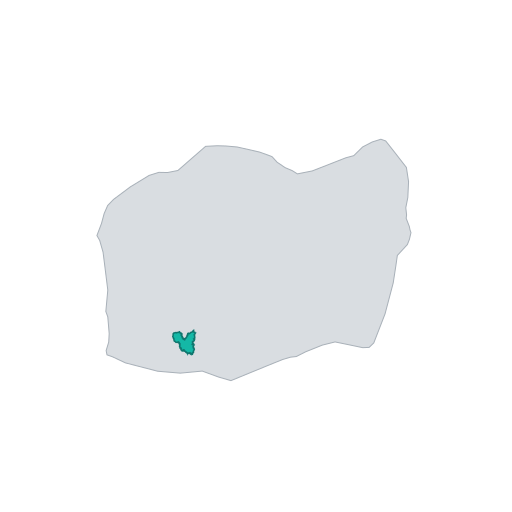 'Maoa-Mafubelu, Leribe, Lesotho shown in context, rotated 220°
{"feature_id": "5366337B41194073686106", "entity_name": "'Maoa-Mafubelu", "entity_type": "district", "adm_level": 2, "iso_a3": "LSO", "parent_name": "Lesotho", "parent_adm1": "Leribe", "projection": "equal_earth", "projection_center": [28.202, -28.958], "detail": "fine", "context": "in_parent", "style": "filled", "palette": "teal", "viewbox_px": 512, "rotation_deg": 220, "n_neighbors": 0, "source": "geoboundaries", "source_scale": "gbopen_adm2", "svg_char_len": 5808}
<svg xmlns="http://www.w3.org/2000/svg" viewBox="0 0 512 512"><g transform="rotate(220 256 256)"><path d="M320.1,337.9L308.9,342.0L307.3,342.4L300.1,341.4L290.5,342.4L283.0,344.7L277.1,345.5L267.6,357.3L250.3,389.0L245.6,395.7L244.4,408.1L240.3,418.0L235.4,425.7L230.6,427.5L216.2,424.5L197.7,420.5L186.9,411.0L177.3,398.4L172.3,389.3L167.0,384.2L165.2,381.4L157.6,377.2L154.8,375.0L152.3,373.5L149.2,367.4L147.4,362.1L148.1,347.3L142.7,338.6L133.6,323.6L127.8,311.3L119.9,294.5L115.0,280.1L109.9,265.1L110.6,258.7L115.3,254.4L129.3,246.9L140.2,241.0L147.9,230.4L156.4,214.5L160.5,204.9L164.6,200.6L169.1,193.8L177.0,178.9L185.7,162.3L195.1,144.4L206.9,139.2L223.2,133.3L238.7,117.6L257.3,104.5L287.3,90.2L301.3,86.5L306.6,84.5L310.0,87.2L313.5,95.4L318.6,102.2L330.4,114.1L335.4,117.0L347.6,134.6L360.6,146.7L375.6,160.6L385.8,167.5L391.0,169.4L395.3,181.7L399.6,190.9L402.1,199.4L401.5,207.8L396.7,228.2L389.7,249.0L384.2,257.6L377.4,263.1L370.8,271.3L368.2,288.0L365.1,307.6L356.5,315.6L349.8,320.9L340.5,327.4L320.1,337.9Z" fill="#d9dde1" stroke="#a8b0b8" stroke-width="1"/><path d="M269.5,144.0L269.4,143.8L269.5,143.3L269.2,142.8L268.5,142.0L268.3,141.6L268.1,140.9L267.5,140.5L267.3,140.5L267.0,140.5L266.6,140.3L266.5,140.1L266.3,139.8L266.1,139.8L265.8,139.9L265.5,139.5L265.1,139.3L264.9,139.0L264.8,138.9L263.9,138.3L263.5,138.4L263.3,138.6L263.1,138.6L262.7,138.5L261.9,138.4L261.2,139.0L260.8,139.3L260.6,139.5L260.5,140.0L260.4,140.2L260.2,140.1L260.0,139.9L259.9,139.8L259.7,140.0L259.3,139.8L259.0,139.8L258.9,139.7L258.7,139.7L258.7,139.8L258.6,139.7L258.5,139.9L258.4,139.9L258.2,139.8L258.3,140.0L258.2,140.0L258.0,139.9L257.8,139.9L257.7,139.8L257.7,139.7L257.7,139.4L257.6,139.1L257.4,139.0L257.4,138.8L257.3,139.0L257.2,138.9L257.2,139.0L257.1,138.9L256.9,138.7L256.9,138.4L256.8,138.1L256.7,138.0L256.7,137.9L256.5,137.7L256.4,137.8L256.3,137.6L256.1,137.4L255.8,137.4L255.7,137.4L255.3,137.3L255.3,137.1L255.2,136.8L255.1,136.7L254.9,136.9L254.7,136.9L254.4,136.9L254.3,137.1L254.2,137.0L253.9,137.1L253.8,136.7L253.7,136.5L253.6,136.4L253.3,136.3L253.3,136.2L253.2,136.2L252.9,136.1L252.7,135.9L252.1,136.3L251.8,136.1L251.6,135.8L251.4,135.9L251.4,136.0L251.3,136.3L251.1,136.5L251.2,137.2L251.1,137.4L251.1,137.7L251.0,137.8L250.7,137.7L250.6,137.3L250.4,137.3L250.3,137.5L250.2,137.4L250.2,137.1L250.0,137.3L249.7,137.1L249.4,137.4L249.0,137.6L248.7,137.5L248.6,137.4L248.3,137.5L248.3,137.4L248.2,137.3L248.0,137.2L247.6,137.2L247.5,137.3L247.4,137.5L247.1,137.4L246.8,137.6L246.7,137.5L246.7,137.4L246.4,137.3L246.4,137.5L246.2,137.6L245.9,137.9L245.6,138.0L245.4,137.7L245.4,137.8L245.3,138.1L245.1,138.3L245.0,138.8L244.8,139.0L244.3,139.1L244.5,139.3L244.5,139.5L244.4,139.6L244.0,139.4L243.9,138.8L243.6,138.9L243.2,138.8L243.2,139.3L243.2,139.6L243.0,139.8L242.7,140.0L242.5,139.8L242.2,139.9L241.9,139.6L241.8,139.4L241.6,139.7L241.7,139.8L241.7,140.2L241.9,140.4L241.9,140.5L242.0,140.9L242.0,141.0L242.2,141.3L242.0,141.5L241.9,141.9L242.0,142.1L242.3,142.3L242.5,142.6L242.8,142.7L242.8,142.8L242.7,143.0L242.8,143.3L242.8,143.5L243.1,143.8L243.1,144.0L243.1,144.4L243.3,144.6L243.3,144.9L243.4,145.0L243.5,145.1L243.8,145.0L243.8,144.9L243.9,145.1L244.0,145.2L244.4,145.1L244.5,145.4L244.7,145.5L244.8,145.4L244.9,145.5L245.0,145.8L245.3,145.7L245.6,145.6L245.6,145.3L245.7,145.5L245.7,146.1L245.8,146.3L246.0,146.3L246.2,146.5L246.1,146.8L246.1,147.0L246.1,147.3L246.3,147.7L246.3,147.8L246.5,147.7L246.6,147.8L246.7,148.0L246.8,148.2L247.0,148.2L246.9,148.0L246.9,147.9L247.1,148.0L247.2,147.7L247.4,147.9L247.3,147.7L247.4,147.8L247.5,147.8L247.5,148.1L247.6,147.9L247.9,147.6L247.9,148.1L248.1,148.2L248.1,148.3L248.1,148.6L248.2,148.4L248.4,148.2L248.5,148.4L248.4,148.5L248.5,148.5L248.7,148.8L248.8,149.1L249.0,149.0L249.5,149.3L249.5,149.5L249.4,149.7L249.5,149.7L249.5,149.9L249.4,150.1L249.3,150.3L249.2,150.6L249.0,151.0L248.9,151.2L249.0,151.6L249.3,151.8L249.3,152.0L249.6,152.0L250.0,152.2L250.0,152.4L250.1,152.5L249.9,152.6L249.8,152.9L250.0,152.9L249.9,153.0L250.0,153.1L250.2,153.4L250.2,153.5L250.4,154.0L250.5,154.2L250.8,154.2L251.0,154.4L251.0,154.6L251.3,154.9L251.3,155.0L251.8,155.5L252.2,155.7L252.5,155.7L252.8,156.1L252.8,156.3L252.7,156.4L252.6,156.5L252.7,156.9L252.8,157.2L252.9,157.6L252.9,158.0L253.1,157.9L253.3,158.0L253.6,158.0L253.8,158.2L254.2,158.0L254.4,157.8L254.6,157.8L254.8,157.7L255.0,157.8L255.2,158.1L255.6,158.3L255.8,158.7L256.0,159.0L256.1,158.9L256.1,158.2L255.8,158.0L256.0,157.6L256.0,157.3L256.0,157.1L256.1,156.8L256.2,156.6L256.2,156.3L256.3,156.2L256.8,155.7L256.9,154.5L257.1,153.8L257.3,153.8L257.4,153.5L257.6,153.5L257.8,153.3L258.0,153.4L258.1,153.1L258.2,152.9L258.2,152.5L258.3,152.5L258.1,152.0L257.8,152.0L257.5,151.7L257.5,151.3L257.7,151.1L257.6,150.8L257.6,150.7L257.2,150.7L257.2,150.3L257.3,150.1L257.1,149.7L257.0,149.2L257.0,148.8L257.1,148.7L256.9,148.4L257.0,148.2L256.9,148.1L256.9,147.9L257.1,147.3L257.0,147.2L256.9,146.7L256.9,146.3L256.8,146.0L257.1,146.0L257.3,145.8L257.7,145.7L257.7,145.8L257.9,145.9L258.0,146.4L258.1,146.5L258.3,146.5L258.5,146.4L258.7,146.2L258.7,145.9L258.8,145.7L259.1,145.8L259.3,146.0L259.7,146.4L260.0,146.1L260.3,146.5L260.9,146.5L261.0,146.6L260.9,146.7L260.8,147.0L261.0,147.1L261.3,147.1L261.6,147.2L261.9,147.1L262.0,147.1L261.9,147.5L262.3,147.9L262.4,148.4L262.5,148.5L262.8,148.5L262.9,148.8L263.0,148.8L263.1,148.6L263.3,148.4L263.4,148.5L263.5,148.6L263.6,148.3L263.7,148.1L264.0,148.3L264.3,148.4L264.6,148.5L264.7,148.3L264.8,148.2L265.3,148.2L265.4,148.3L265.7,148.7L265.9,148.8L266.1,148.7L266.0,148.2L266.1,147.9L266.3,147.6L266.6,147.3L266.8,147.1L267.1,146.9L267.2,146.7L267.4,146.1L267.8,146.1L268.3,145.6L268.5,145.5L268.5,145.4L268.9,144.9L269.1,144.5L269.4,144.2L269.5,144.0Z" fill="#14b8a6" stroke="#0f766e" stroke-width="1.5"/></g></svg>